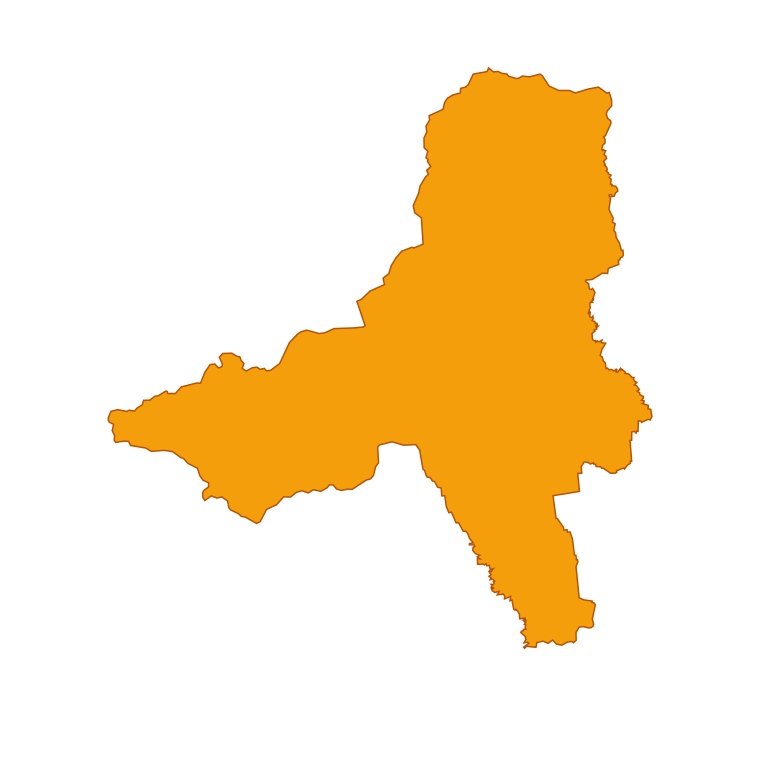 outline of Khuan Kalong, Satun, Thailand, rotated 259°
{"feature_id": "78962969B58328685973452", "entity_name": "Khuan Kalong", "entity_type": "district", "adm_level": 2, "iso_a3": "THA", "parent_name": "Thailand", "parent_adm1": "Satun", "projection": "robinson", "projection_center": [100.019, 6.959], "detail": "fine", "context": "isolated", "style": "filled", "palette": "amber", "viewbox_px": 768, "rotation_deg": 259, "n_neighbors": 0, "source": "geoboundaries", "source_scale": "gbopen_adm2", "svg_char_len": 6160}
<svg xmlns="http://www.w3.org/2000/svg" viewBox="0 0 768 768"><g transform="rotate(259 384 384)"><path d="M652.5,500.9L648.9,497.3L642.3,494.3L638.8,479.5L634.4,479.1L629.1,474.4L623.2,474.1L617.9,470.2L608.2,468.5L604.2,471.4L598.1,468.4L595.9,470.1L594.2,469.1L588.6,471.4L585.6,466.6L581.6,467.7L579.0,463.9L571.6,457.3L564.5,454.3L553.5,446.7L546.1,446.9L540.0,452.4L513.9,449.1L511.8,439.3L512.9,437.4L511.0,426.7L505.7,420.0L498.7,413.6L491.4,409.8L488.1,403.3L481.5,403.4L477.9,388.1L471.4,377.9L470.3,373.2L444.7,376.6L443.9,374.7L444.7,365.8L447.9,345.6L445.5,335.5L445.9,329.9L451.6,318.5L451.1,312.6L449.8,309.1L442.7,299.1L423.9,285.4L419.0,275.1L419.4,271.1L422.2,269.4L422.0,265.2L424.8,262.4L425.1,257.9L423.0,251.3L426.3,247.8L430.9,250.4L434.3,248.2L438.2,247.7L439.1,245.1L443.3,240.4L444.7,231.7L441.8,227.5L434.1,229.1L432.0,228.3L431.3,224.6L435.9,221.7L436.3,217.1L429.7,210.4L419.9,204.1L420.7,199.9L419.8,184.3L414.5,177.5L415.9,169.9L418.0,169.8L418.7,168.6L415.5,159.9L415.7,156.6L412.8,151.1L413.9,144.9L409.7,142.7L407.5,137.0L405.0,133.8L406.9,129.2L406.2,126.2L409.6,117.8L409.3,110.9L404.1,107.2L401.2,106.4L398.8,107.2L396.1,110.9L390.1,108.3L384.6,109.7L380.4,108.4L377.9,109.4L377.5,118.4L376.4,122.3L372.0,123.5L366.6,137.9L362.3,142.7L360.8,155.6L358.0,163.5L350.5,170.5L349.3,172.9L343.5,176.4L336.9,184.8L328.9,185.8L324.3,187.8L320.5,192.9L316.5,192.2L314.0,187.0L311.7,185.1L307.0,184.6L303.8,185.8L307.1,193.2L303.9,198.3L304.1,203.2L299.1,208.1L292.1,208.1L289.6,209.4L284.6,216.3L281.2,218.8L280.0,222.2L271.4,232.3L272.5,236.2L283.3,244.7L286.0,255.5L292.3,263.9L290.9,270.8L294.4,277.4L294.8,283.2L291.5,289.0L293.7,294.5L290.7,301.5L293.0,308.4L295.4,311.4L294.7,314.8L290.1,317.3L287.7,321.6L287.7,328.8L286.6,332.5L293.1,348.3L293.4,352.7L296.3,356.2L304.5,360.1L307.7,363.6L323.1,365.7L325.1,368.0L325.7,380.9L320.2,391.5L318.5,403.6L312.4,406.4L292.9,406.0L291.3,407.4L286.6,407.9L284.3,408.7L283.3,411.5L279.6,413.0L278.7,415.0L272.4,417.0L271.0,420.3L263.2,419.3L262.7,422.3L251.9,421.8L245.3,423.1L245.4,425.7L233.9,428.3L233.6,430.7L224.3,433.7L224.0,435.9L221.5,437.6L215.8,438.6L211.1,441.3L211.0,437.4L209.8,437.1L208.9,441.7L207.1,442.1L206.9,440.4L203.8,439.3L200.0,441.4L197.6,445.4L196.5,442.5L194.0,444.9L194.6,442.3L189.2,441.5L188.3,446.9L187.1,448.3L188.2,449.9L185.9,450.4L185.9,452.8L181.5,452.9L181.9,456.1L179.3,453.2L180.6,452.3L180.0,451.2L176.3,452.6L175.2,450.3L173.2,452.3L171.6,450.8L171.6,453.5L169.3,455.0L168.8,453.5L167.7,454.1L166.3,453.2L166.9,450.9L165.6,451.7L164.4,450.8L163.5,451.9L163.7,450.3L162.8,450.3L162.5,452.1L161.5,450.6L160.3,450.8L158.3,453.0L158.4,457.5L155.4,454.9L155.0,461.1L152.7,462.0L150.0,461.2L151.3,467.8L147.2,466.3L147.5,468.4L138.3,468.3L137.0,469.4L137.7,470.5L135.4,471.9L132.4,473.0L127.6,472.4L127.3,477.9L126.2,477.8L125.7,475.7L124.7,478.1L123.9,476.3L122.6,477.6L121.3,475.9L120.5,477.2L118.4,476.1L116.2,476.6L116.5,474.1L115.1,473.4L115.1,471.7L113.9,470.8L109.3,474.5L106.2,474.5L103.2,472.0L103.2,475.6L101.8,476.7L99.0,470.8L97.8,471.5L99.3,474.0L96.5,482.9L101.1,484.8L101.2,491.1L98.1,495.6L100.5,500.7L95.8,503.6L93.7,508.7L95.7,514.9L95.3,519.6L93.9,520.7L95.7,523.7L103.5,525.1L108.2,529.2L107.7,533.6L105.5,538.4L105.3,541.0L106.3,543.0L108.2,544.0L113.5,543.6L126.8,549.3L129.0,548.5L129.7,546.5L131.2,546.9L134.0,538.9L136.9,534.8L167.9,537.6L172.5,540.4L174.7,540.4L174.7,539.4L179.3,539.7L179.7,538.3L195.7,539.4L203.3,538.4L203.5,535.8L206.0,535.9L206.2,532.7L208.9,532.8L218.7,528.6L219.3,527.3L242.1,528.6L241.3,555.4L259.3,557.1L258.7,561.1L265.0,561.8L269.3,565.6L268.2,569.2L266.1,571.2L266.6,574.5L265.4,574.5L264.8,576.4L262.5,576.5L261.4,581.0L259.7,581.6L259.6,583.1L253.1,589.5L252.4,594.0L252.8,595.5L254.3,595.6L255.5,601.1L255.6,603.5L254.6,603.8L258.0,607.6L259.0,610.5L261.3,611.2L260.9,612.4L281.6,614.7L281.6,616.4L289.5,618.0L289.9,620.7L287.7,622.0L289.6,623.1L289.0,624.3L299.4,626.6L298.3,629.6L297.2,629.5L298.9,636.4L297.9,638.5L301.0,640.8L308.3,641.0L309.1,638.4L312.6,639.4L315.5,633.9L315.9,635.3L317.9,636.1L318.8,633.7L321.0,636.2L322.3,636.2L324.8,633.1L326.5,633.4L328.7,631.1L329.7,633.6L334.3,631.5L335.4,629.7L337.4,632.6L338.6,630.6L341.3,629.8L342.6,630.6L343.1,628.8L347.1,626.2L348.4,622.7L349.4,623.3L353.3,620.2L352.4,619.0L354.1,619.0L350.8,615.4L351.7,614.0L353.3,615.4L354.3,614.8L353.0,612.2L354.8,610.3L355.1,607.4L356.9,606.5L356.9,605.0L362.8,605.2L364.6,603.7L368.8,603.4L370.7,601.6L376.5,604.7L381.7,609.4L383.2,605.1L385.5,606.3L384.4,603.1L385.6,601.7L384.6,599.9L386.2,600.1L386.3,598.3L387.9,597.2L393.9,597.8L395.6,601.2L397.0,600.6L397.4,603.4L398.8,603.3L399.6,604.8L399.7,603.0L400.7,602.9L400.9,604.8L403.1,604.5L402.9,602.9L405.1,602.9L406.5,600.3L408.2,601.8L410.7,602.0L409.5,600.8L410.8,598.8L415.8,600.4L413.8,598.6L414.3,597.9L419.7,601.1L423.6,601.3L424.7,602.1L424.4,604.1L425.5,603.4L426.6,605.7L427.4,605.9L427.2,604.8L433.5,608.6L438.0,607.0L437.1,605.4L438.3,603.7L443.6,604.0L445.5,601.6L447.4,601.7L446.9,608.5L451.2,619.5L449.8,624.6L454.7,626.2L456.6,637.3L460.8,637.6L460.9,639.2L463.0,640.3L462.9,641.7L464.7,643.5L469.7,644.1L469.7,642.5L477.4,642.0L483.3,639.9L488.4,640.2L491.1,638.9L497.1,641.5L499.3,639.1L503.1,640.6L512.6,638.1L524.6,642.4L525.0,640.9L526.7,641.2L526.6,643.2L524.6,644.0L524.3,645.7L527.4,647.7L528.6,650.2L530.6,650.4L533.9,649.3L535.2,645.4L536.4,645.9L537.0,644.5L541.5,646.1L543.7,644.5L545.7,646.7L547.7,644.1L548.7,644.5L550.8,642.8L551.8,644.1L554.0,644.0L556.9,642.2L557.0,643.0L560.7,642.1L562.9,645.5L565.3,645.3L567.2,643.6L570.6,646.1L572.1,644.0L571.5,643.0L572.9,642.5L576.8,644.4L578.3,646.9L582.1,647.7L584.7,646.8L585.7,648.9L596.3,656.4L599.0,656.8L602.1,654.2L606.4,653.7L609.2,655.0L613.7,660.6L619.5,661.6L627.3,660.7L626.9,658.3L634.5,651.2L634.6,641.1L633.2,627.3L636.8,621.9L638.8,611.5L645.0,602.9L656.2,598.3L658.4,596.4L657.8,585.4L659.9,578.6L658.5,574.8L658.7,571.9L662.3,565.1L664.9,563.7L666.4,559.1L669.0,555.6L669.5,550.9L674.3,547.0L671.0,544.8L671.2,530.7L661.8,523.9L659.9,520.7L659.6,515.7L655.1,514.3L654.6,506.7L652.5,500.9Z" fill="#f59e0b" stroke="#b45309" stroke-width="1.5"/></g></svg>